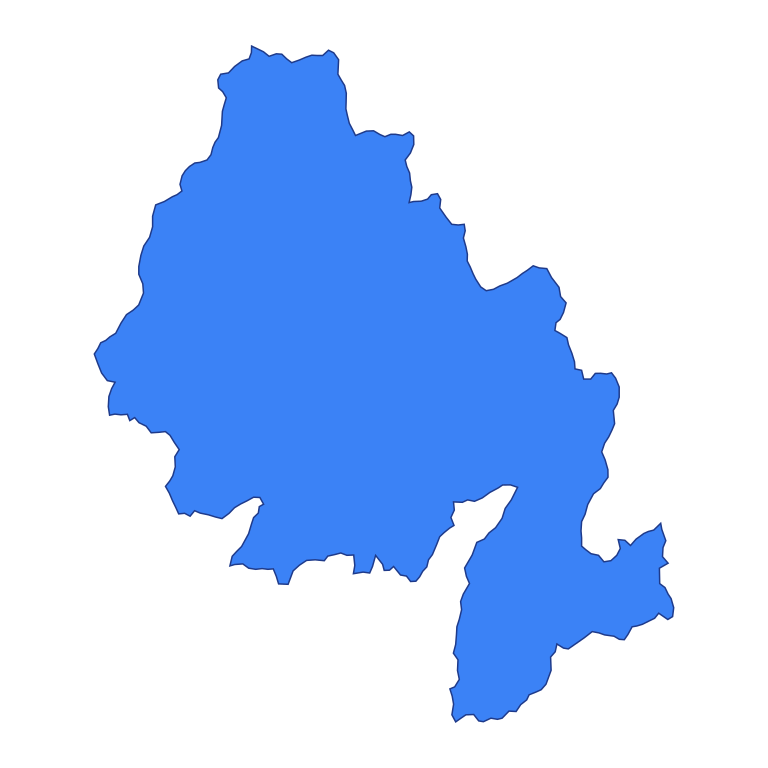 São Luiz do Paraitinga, São Paulo, Brazil
{"feature_id": "56859067B61119921989144", "entity_name": "São Luiz do Paraitinga", "entity_type": "district", "adm_level": 2, "iso_a3": "BRA", "parent_name": "Brazil", "parent_adm1": "São Paulo", "projection": "equal_earth", "projection_center": [-45.237, -23.241], "detail": "fine", "context": "isolated", "style": "filled", "palette": "blue", "viewbox_px": 768, "rotation_deg": 0, "n_neighbors": 0, "source": "geoboundaries", "source_scale": "gbopen_adm2", "svg_char_len": 4515}
<svg xmlns="http://www.w3.org/2000/svg" viewBox="0 0 768 768"><path d="M546.8,268.6L539.2,267.9L533.2,265.8L527.3,270.3L522.5,273.4L516.9,277.7L507.3,283.2L499.9,285.9L493.5,289.3L486.2,290.7L480.7,286.9L475.7,279.1L473.1,273.8L470.2,266.9L467.2,261.0L467.4,254.3L465.9,246.8L463.4,238.0L465.2,230.8L464.2,224.3L458.3,225.0L451.7,224.3L446.2,217.3L439.7,208.0L440.7,199.5L437.5,193.7L431.3,194.7L427.6,199.1L421.2,201.2L413.6,201.5L409.1,202.6L410.9,194.7L411.8,187.2L410.4,180.8L409.6,173.0L406.8,166.5L405.2,160.0L410.4,153.0L413.8,144.5L413.6,135.9L409.3,131.9L402.6,135.5L395.6,134.3L390.8,134.3L384.9,136.7L379.9,134.5L373.6,130.8L366.3,131.1L355.5,135.5L352.9,130.2L349.3,123.3L347.3,115.2L345.9,108.9L346.1,102.2L346.3,93.3L344.6,85.5L341.2,80.0L337.9,74.2L338.6,59.7L333.7,52.8L328.5,50.2L322.7,55.5L317.4,55.5L311.8,55.2L305.9,57.2L299.4,60.0L291.7,62.7L286.7,58.9L281.8,54.2L276.3,53.8L269.1,56.3L263.5,51.8L256.7,48.5L251.6,46.1L251.4,52.6L249.1,58.9L242.2,60.9L234.6,66.5L228.5,72.9L220.7,74.2L217.8,79.8L218.6,88.0L222.7,91.7L226.3,97.8L224.2,104.8L222.4,111.3L221.6,125.4L218.4,137.6L215.1,142.1L212.8,147.5L211.0,154.7L207.0,160.0L199.9,162.4L194.8,163.0L189.5,166.5L185.4,170.6L182.1,175.8L180.0,184.3L181.9,191.0L177.0,194.7L172.4,196.7L164.4,201.5L155.7,204.9L152.6,216.2L152.6,226.8L149.6,237.3L143.8,246.0L140.9,255.3L138.8,266.5L138.8,274.3L142.8,283.8L143.5,293.1L138.7,305.0L133.2,310.1L126.5,314.6L121.0,323.1L115.7,333.3L110.1,336.7L105.8,340.4L100.7,342.8L97.9,348.5L94.3,354.0L97.9,363.8L101.6,373.0L107.3,380.6L115.1,382.2L111.6,388.7L108.9,396.5L108.3,406.7L109.6,415.2L114.9,414.1L121.0,414.8L127.4,414.3L129.8,420.6L134.7,417.6L139.0,422.7L146.2,426.2L151.2,432.8L158.8,432.3L165.4,431.6L170.0,435.3L174.3,442.4L179.2,449.6L174.8,456.7L175.3,466.9L172.8,475.8L169.8,480.9L165.5,486.4L169.3,493.1L172.6,500.9L175.9,507.7L178.7,513.9L184.6,513.3L190.1,516.2L194.6,510.7L200.2,513.1L208.4,514.8L215.5,517.0L222.0,518.6L229.1,513.3L234.5,507.7L240.6,504.0L246.9,500.9L253.6,497.2L259.9,497.5L263.6,504.2L259.3,506.6L258.3,513.1L253.6,517.6L251.5,524.0L248.6,533.7L241.6,546.5L236.6,551.5L232.2,556.3L229.9,565.9L234.7,564.5L242.8,563.9L248.7,568.2L255.7,569.3L262.1,568.6L267.9,569.3L273.3,568.9L276.3,576.3L278.6,583.9L288.1,584.3L293.1,570.9L299.4,565.2L306.6,560.4L315.2,559.8L324.3,560.7L327.8,556.1L334.6,554.6L340.8,553.0L346.9,555.3L353.7,555.0L354.8,565.5L353.4,573.7L363.1,572.1L369.7,573.0L372.5,566.5L375.6,555.4L382.6,564.3L384.2,570.4L389.5,570.2L393.6,566.5L400.5,575.0L406.5,576.1L410.6,581.5L415.9,581.2L419.7,576.7L422.7,571.3L426.8,566.9L428.5,559.8L432.4,554.6L436.7,544.4L439.7,536.7L444.1,532.6L449.6,528.1L454.0,525.4L450.9,517.5L454.3,510.1L453.5,501.9L462.4,502.3L467.6,499.9L474.5,501.3L482.3,497.9L489.9,492.4L498.3,487.9L502.6,485.0L510.5,484.9L517.6,487.3L511.3,499.9L505.2,508.4L502.1,518.3L495.6,527.7L489.0,532.9L484.4,539.0L476.8,542.4L472.2,555.0L464.6,568.0L466.4,576.3L469.5,583.5L463.3,594.1L460.6,601.6L461.6,609.7L459.3,619.3L456.9,626.8L456.5,634.2L455.7,644.4L453.4,653.2L458.0,659.8L457.5,670.5L459.3,679.4L454.7,686.9L449.9,688.9L452.2,696.1L453.6,704.2L451.9,714.8L455.7,721.9L461.5,717.8L465.9,714.8L473.7,714.5L478.7,720.9L483.4,721.7L490.9,718.2L497.5,719.3L502.1,718.2L509.0,711.1L516.1,711.5L520.7,704.6L526.7,699.9L529.1,694.8L536.1,692.0L541.2,689.7L546.0,684.2L551.1,670.3L550.6,657.0L555.2,651.8L556.9,644.0L563.5,648.1L568.3,648.9L574.2,644.8L584.1,637.9L592.2,631.6L599.0,632.9L604.6,634.9L614.0,636.2L619.3,639.3L624.3,639.7L627.9,634.5L632.1,626.8L636.8,626.0L642.4,624.3L648.6,621.2L654.6,618.3L658.7,613.2L667.8,619.5L672.6,616.6L673.7,607.7L671.1,598.6L668.1,594.1L665.0,587.6L659.7,583.6L659.4,568.2L668.1,563.2L662.5,556.7L663.0,547.6L665.8,540.7L661.8,529.4L660.7,523.3L653.7,530.1L648.3,531.5L643.8,533.5L636.1,539.1L630.5,545.5L624.9,540.3L618.2,539.6L620.3,548.5L616.8,555.3L610.9,560.7L603.9,561.8L598.5,555.3L591.0,553.7L585.9,549.8L581.6,546.1L581.6,537.9L581.0,530.9L581.6,521.6L585.1,514.2L587.7,504.6L593.5,493.8L600.3,488.6L603.8,482.9L608.0,477.2L607.9,469.7L605.1,459.8L601.7,451.9L604.6,443.2L608.7,436.9L612.1,429.8L614.6,423.7L613.3,410.4L617.1,404.1L619.2,397.2L619.2,387.0L615.6,378.2L611.5,372.8L606.7,374.0L600.6,373.3L595.3,373.4L590.7,379.1L583.7,379.1L581.6,370.3L575.0,368.9L574.5,361.8L571.9,353.3L568.5,344.8L566.9,337.6L560.3,333.5L554.9,330.5L556.0,322.7L560.1,319.4L563.5,312.5L566.1,302.9L560.6,296.6L559.0,287.3L551.5,277.5L546.8,268.6Z" fill="#3b82f6" stroke="#1e3a8a" stroke-width="1.5"/></svg>